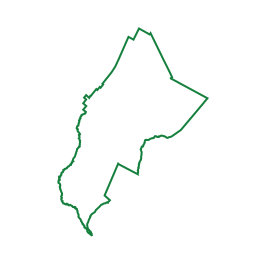 the district of San Antonio de Areco, Buenos Aires, Argentina, rotated 163°
{"feature_id": "61730980B86135062505656", "entity_name": "San Antonio de Areco", "entity_type": "district", "adm_level": 2, "iso_a3": "ARG", "parent_name": "Argentina", "parent_adm1": "Buenos Aires", "projection": "equal_earth", "projection_center": [-59.396, -34.207], "detail": "fine", "context": "isolated", "style": "outline", "palette": "green", "viewbox_px": 256, "rotation_deg": 163, "n_neighbors": 0, "source": "geoboundaries", "source_scale": "gbopen_adm2", "svg_char_len": 5777}
<svg xmlns="http://www.w3.org/2000/svg" viewBox="0 0 256 256"><g transform="rotate(163 128 128)"><path d="M197.2,108.2L198.1,107.9L198.2,107.7L198.2,107.4L198.4,107.3L198.7,107.4L199.9,107.3L200.4,107.4L200.5,107.1L200.8,106.8L201.8,106.8L201.7,106.5L201.9,106.2L202.2,105.9L202.7,105.7L203.1,104.9L203.8,104.7L204.1,104.6L204.4,104.7L204.7,104.5L204.9,104.3L204.9,103.9L205.0,103.6L205.4,103.2L205.5,102.9L205.5,102.6L205.8,102.4L206.3,102.3L206.8,101.4L207.1,101.2L207.4,101.3L207.6,101.5L208.0,101.7L208.3,101.5L208.3,100.6L208.0,100.5L208.0,100.3L208.1,100.2L208.6,100.0L208.7,99.7L208.3,99.2L208.3,98.9L208.5,98.8L208.9,99.0L209.0,98.9L209.0,98.6L208.6,98.3L208.6,98.1L209.0,97.9L209.4,98.0L209.5,98.3L209.7,98.2L209.9,97.5L210.2,97.1L210.5,95.8L210.0,95.3L209.9,95.1L209.6,95.0L209.5,94.6L209.6,93.9L209.4,93.3L209.8,92.2L210.4,92.0L210.5,91.8L210.4,90.9L210.6,90.3L210.6,89.5L210.7,89.4L210.7,89.1L210.4,89.0L210.4,88.9L210.6,87.6L210.4,86.7L210.5,86.1L210.2,85.2L210.2,84.8L210.3,84.4L210.7,83.9L210.7,83.6L210.6,83.3L210.7,83.1L210.9,83.0L211.5,82.4L211.9,82.2L212.0,81.2L211.6,80.6L211.7,80.4L212.0,80.3L212.2,80.0L212.6,79.7L212.4,79.4L212.7,77.8L212.5,77.6L212.5,77.2L212.1,77.1L212.3,76.7L212.1,76.0L212.2,75.7L212.0,75.3L211.9,74.7L211.1,74.5L210.8,73.9L210.3,73.7L209.6,72.9L209.0,72.9L208.9,73.4L208.6,73.5L207.9,72.6L207.7,72.5L207.7,71.8L207.5,71.5L206.9,71.2L206.0,71.4L205.2,70.8L204.9,70.4L204.3,69.9L204.2,69.2L203.9,68.9L203.8,68.5L203.5,68.3L202.1,68.2L201.5,67.8L201.5,67.5L201.9,67.2L202.1,66.8L202.0,66.6L201.8,66.6L201.5,66.0L201.0,66.0L200.6,65.7L200.5,65.4L200.7,64.6L200.5,64.0L200.8,63.2L200.7,62.6L200.9,62.1L200.9,61.1L200.7,60.5L200.6,59.7L200.9,59.1L200.9,58.3L201.0,58.0L201.3,57.7L201.3,57.3L201.2,56.8L200.6,55.7L200.4,54.9L200.0,54.4L200.1,52.6L199.7,52.1L199.8,51.3L199.8,51.2L199.5,50.9L199.5,50.7L199.5,49.5L199.1,49.3L199.2,48.7L199.0,48.3L198.3,47.5L198.5,47.0L198.4,46.5L198.5,46.3L198.8,46.0L198.8,45.9L198.3,45.7L198.1,45.0L198.1,44.6L196.8,44.2L196.6,43.4L197.0,43.3L197.0,43.1L197.0,42.7L196.8,42.4L196.9,42.2L196.9,41.4L197.1,41.1L197.0,40.7L196.9,40.0L196.3,39.3L196.3,38.9L195.7,38.6L195.3,37.9L195.2,37.4L194.7,36.9L194.5,36.3L194.3,36.1L193.8,36.2L193.9,37.0L193.7,37.5L193.8,37.7L193.8,38.3L194.1,40.0L194.7,40.4L194.8,41.2L195.1,41.6L195.1,42.0L195.5,42.6L195.6,43.1L195.8,43.5L195.7,44.6L195.8,45.1L195.7,45.5L195.5,46.2L195.5,46.9L195.0,48.2L193.4,49.9L192.3,51.7L191.3,52.5L190.8,53.3L189.9,54.1L190.0,54.6L187.9,56.2L184.3,57.3L183.5,58.0L183.1,58.6L182.9,58.8L178.2,61.1L175.9,62.5L174.6,62.4L174.3,62.6L172.7,62.9L171.9,62.6L171.4,62.6L171.0,62.7L170.4,63.1L169.8,62.9L169.6,62.9L169.1,62.4L168.5,63.2L167.5,63.5L166.4,64.2L170.1,70.3L147.8,96.8L147.2,95.8L144.4,93.0L135.7,84.4L132.3,81.1L132.3,81.7L131.9,81.7L131.6,82.1L131.6,82.4L131.5,82.7L131.1,83.0L131.0,83.5L131.0,84.6L130.7,84.8L130.6,85.0L130.4,85.7L129.8,86.2L129.5,86.6L129.3,87.3L129.5,87.5L128.8,88.2L128.6,89.0L128.2,89.7L128.3,89.8L128.2,90.3L127.6,90.7L127.5,91.3L127.3,91.5L126.7,92.1L126.5,92.5L125.4,93.4L125.3,93.7L124.9,93.9L124.8,94.3L124.3,95.0L123.9,96.5L123.0,98.4L122.7,98.8L122.4,100.0L122.1,100.4L122.0,101.5L122.1,101.9L122.0,103.4L122.1,103.9L121.2,104.7L120.9,105.2L120.8,105.6L120.3,106.2L119.8,106.1L119.5,105.9L118.9,106.0L118.6,106.5L118.3,107.3L117.5,107.8L117.4,108.0L116.8,108.5L116.7,108.9L116.3,109.2L116.1,109.5L115.9,110.4L115.3,111.2L114.6,111.5L114.3,111.5L113.5,111.0L113.2,111.0L112.2,110.6L111.1,110.7L110.5,111.0L109.7,111.2L108.2,111.1L107.6,111.2L106.9,110.9L106.6,110.9L105.8,111.2L105.6,111.6L105.3,111.7L104.7,112.2L104.4,112.3L103.8,112.1L103.5,111.8L103.5,111.7L102.5,110.8L101.9,110.7L101.4,110.5L101.0,110.5L100.9,110.9L100.3,110.7L99.6,110.9L98.9,110.8L98.6,111.0L97.6,110.7L97.2,110.5L96.6,110.1L96.4,109.8L95.5,109.5L93.5,107.1L92.8,106.9L92.0,107.2L89.3,107.1L88.3,107.3L78.1,110.6L53.5,126.5L43.3,133.2L72.6,162.9L72.5,163.1L71.8,163.1L71.0,163.5L71.8,169.3L74.1,183.0L78.7,212.1L79.9,211.1L88.4,219.9L96.9,210.9L100.9,215.0L116.8,196.5L122.2,190.5L127.4,186.1L139.5,177.8L139.0,176.9L142.4,174.5L143.0,175.5L146.2,173.3L146.9,174.5L154.4,169.4L154.7,169.7L155.2,169.2L156.3,168.1L158.4,171.7L161.1,169.9L159.7,167.5L163.6,164.7L161.5,161.2L165.5,158.6L163.6,155.7L164.0,155.3L164.0,155.0L165.0,154.7L165.2,154.2L166.0,154.3L166.9,154.2L167.4,154.2L168.1,154.1L168.5,154.1L168.9,153.6L168.8,153.3L169.1,153.1L169.5,153.1L169.9,152.8L170.2,152.5L170.3,151.9L170.5,151.5L170.6,151.1L170.9,151.1L171.0,151.4L171.4,151.0L171.5,150.6L171.5,150.3L171.6,150.1L171.9,149.9L172.2,149.9L172.6,149.6L172.7,149.4L172.4,149.0L172.5,148.6L172.8,148.3L173.0,147.7L173.5,147.4L173.8,146.7L174.4,146.1L174.4,145.9L174.3,145.6L174.3,145.4L175.0,144.7L175.8,144.4L176.1,144.5L176.2,144.4L176.3,144.0L176.8,143.5L177.2,142.6L177.0,142.0L176.7,141.9L176.3,141.5L176.9,140.6L177.0,140.2L176.9,139.2L176.0,137.7L176.0,137.0L175.7,136.4L175.7,136.1L175.9,136.0L176.6,136.2L176.8,136.1L177.0,135.9L177.0,134.9L176.8,134.6L177.1,134.1L177.0,133.4L177.1,133.1L177.7,132.3L177.9,132.3L177.7,131.9L177.8,131.1L177.6,130.8L177.6,130.4L177.9,129.9L177.6,129.5L177.9,129.0L178.1,128.1L178.7,127.2L178.8,126.9L178.8,126.4L179.0,126.1L179.4,125.7L179.5,125.5L179.4,124.6L179.6,124.3L179.8,124.2L180.3,124.5L180.5,124.4L180.8,123.8L181.8,123.4L182.8,122.8L183.0,122.2L183.4,121.8L183.6,121.1L184.7,120.0L184.9,119.3L185.3,119.0L185.7,118.2L186.2,117.6L186.3,117.3L186.8,116.8L187.4,115.9L189.1,114.9L190.1,113.5L190.4,113.1L190.1,112.4L190.8,112.4L190.9,112.1L190.8,111.8L191.0,111.6L191.8,111.6L192.0,110.8L192.1,110.7L192.6,110.7L193.3,110.3L193.5,110.1L193.3,109.7L193.2,109.6L193.3,109.4L194.1,109.5L194.4,109.5L194.8,109.3L195.7,108.6L196.4,108.7L197.0,108.5L197.2,108.2Z" fill="none" stroke="#15803d" stroke-width="2"/></g></svg>